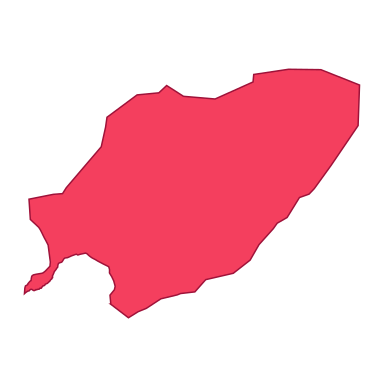 outline of Ugtaalcaidam, Töv, Mongolia, rotated 183°
{"feature_id": "93677404B35581268375845", "entity_name": "Ugtaalcaidam", "entity_type": "district", "adm_level": 2, "iso_a3": "MNG", "parent_name": "Mongolia", "parent_adm1": "Töv", "projection": "natural_earth1", "projection_center": [105.657, 48.203], "detail": "fine", "context": "isolated", "style": "filled", "palette": "rose", "viewbox_px": 384, "rotation_deg": 183, "n_neighbors": 0, "source": "geoboundaries", "source_scale": "gbopen_adm2", "svg_char_len": 2883}
<svg xmlns="http://www.w3.org/2000/svg" viewBox="0 0 384 384"><g transform="rotate(183 192 192)"><path d="M352.0,156.1L343.2,148.7L341.4,146.2L339.4,142.7L338.6,141.2L336.9,138.2L335.7,136.3L335.1,135.3L334.6,134.4L334.1,133.6L333.5,132.5L332.9,131.5L329.8,114.6L330.0,110.4L334.3,105.4L336.1,103.8L337.2,103.1L343.4,101.7L345.9,101.0L347.2,100.1L347.7,99.2L348.0,96.9L348.1,95.1L348.6,94.9L349.0,94.5L349.6,93.8L350.5,92.6L351.1,91.8L351.2,91.0L351.7,90.6L352.6,90.0L353.4,89.5L353.9,87.3L354.0,81.7L352.9,82.8L352.3,83.3L351.6,83.8L350.8,84.4L350.4,84.5L350.0,84.6L349.4,84.8L349.1,85.2L348.9,85.6L348.3,86.1L347.8,86.4L347.2,86.4L346.7,86.3L346.2,86.0L345.8,85.7L345.3,85.4L344.8,85.3L344.4,85.3L344.0,85.4L343.8,85.6L343.4,85.9L343.0,85.9L342.8,86.2L342.7,86.4L342.4,86.4L342.2,86.3L341.8,86.3L341.4,86.6L340.8,86.8L340.1,86.9L339.7,86.9L339.2,87.3L339.1,87.8L338.5,87.9L338.2,88.0L337.9,88.0L337.6,88.0L337.4,88.2L337.3,88.3L337.3,88.7L337.3,88.8L337.0,89.0L336.9,89.1L336.7,89.3L336.6,89.5L336.4,89.7L336.3,89.8L336.0,90.4L335.7,90.6L335.4,90.6L335.1,90.7L334.8,90.8L334.5,90.9L334.3,91.0L334.0,91.6L333.8,92.1L333.1,92.5L332.2,93.0L331.8,93.1L331.6,93.2L331.5,93.3L331.4,93.4L331.2,93.7L331.0,93.9L330.9,94.0L330.3,94.6L330.0,95.0L329.5,95.2L329.4,95.3L329.3,95.7L329.3,95.8L329.2,95.9L328.9,96.3L328.8,96.5L328.5,97.0L328.0,97.5L327.6,97.7L327.5,97.9L327.6,98.3L327.6,98.5L327.4,98.6L327.2,98.7L326.9,98.9L326.8,99.7L326.7,99.8L326.8,100.0L327.0,100.8L326.8,101.4L326.5,101.8L326.3,102.4L326.0,103.2L325.9,103.5L325.6,104.3L325.5,104.9L325.4,105.1L324.8,106.0L324.7,106.2L324.0,107.1L323.6,107.7L323.5,107.9L323.3,108.6L323.0,108.9L322.9,109.0L322.7,109.2L322.5,109.4L322.4,109.6L322.2,109.9L322.1,111.8L321.9,113.0L321.5,113.6L320.8,114.3L319.8,114.6L319.0,114.9L318.6,115.1L318.2,115.4L317.7,116.2L316.4,118.6L315.5,119.4L314.1,119.7L312.9,119.9L311.7,120.5L310.5,121.1L309.4,121.7L308.1,122.3L306.6,122.9L305.3,123.5L304.1,123.8L302.7,123.1L301.4,123.6L300.6,123.9L299.2,124.3L297.6,124.7L295.2,125.4L294.3,125.1L293.9,125.0L292.9,124.3L292.7,124.0L292.4,123.8L291.7,123.2L290.2,122.1L288.4,121.0L288.2,120.9L286.7,120.2L285.1,119.5L282.5,118.1L281.0,117.4L279.5,116.7L279.4,116.7L279.2,116.6L276.9,115.5L274.8,114.6L272.7,113.7L271.4,113.1L271.0,112.4L270.3,110.2L270.2,107.8L270.2,106.9L270.1,106.7L267.7,103.2L265.5,99.1L263.8,93.8L264.4,90.3L268.5,84.7L267.2,75.7L267.3,75.7L248.9,63.1L239.6,69.6L231.4,73.5L217.5,83.7L201.3,88.5L198.1,90.0L183.9,92.4L173.7,105.2L146.5,113.0L130.4,127.0L122.3,143.0L108.9,159.6L105.3,165.3L95.7,171.5L84.4,192.1L75.0,196.0L70.1,201.7L54.4,226.0L29.6,267.0L30.3,307.6L69.7,320.9L102.1,319.6L136.5,312.6L136.8,305.1L173.8,286.1L205.5,287.1L222.9,297.0L230.3,289.3L251.9,286.1L280.8,262.2L281.7,252.2L285.0,232.4L317.7,189.8L321.2,183.6L330.4,182.4L354.4,176.3L352.0,156.1Z" fill="#f43f5e" stroke="#9f1239" stroke-width="1.5"/></g></svg>